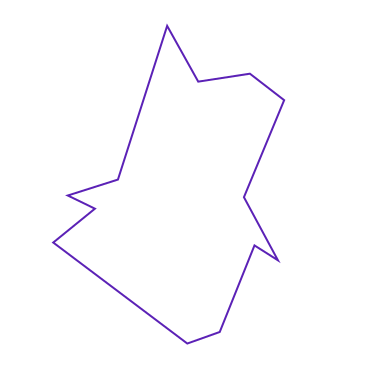 the district of Chair, Butel, North Macedonia, rotated 212°
{"feature_id": "65306769B39088451231406", "entity_name": "Chair", "entity_type": "district", "adm_level": 2, "iso_a3": "MKD", "parent_name": "North Macedonia", "parent_adm1": "Butel", "projection": "robinson", "projection_center": [21.439, 42.011], "detail": "fine", "context": "isolated", "style": "outline", "palette": "violet", "viewbox_px": 384, "rotation_deg": 212, "n_neighbors": 0, "source": "geoboundaries", "source_scale": "gbopen_adm2", "svg_char_len": 328}
<svg xmlns="http://www.w3.org/2000/svg" viewBox="0 0 384 384"><g transform="rotate(212 192 192)"><path d="M115.7,61.0L94.3,88.0L110.7,179.8L82.9,179.6L145.2,215.1L162.5,318.7L205.6,323.0L245.2,288.9L301.1,319.7L261.4,163.3L295.5,123.2L265.5,126.4L282.9,75.6L115.7,61.0Z" fill="none" stroke="#5b21b6" stroke-width="2"/></g></svg>